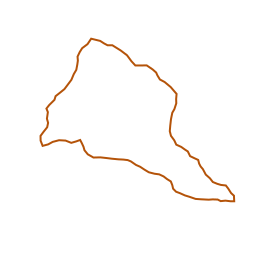 Marapoama, São Paulo, Brazil (Robinson projection), rotated 257°
{"feature_id": "56859067B26576714107152", "entity_name": "Marapoama", "entity_type": "district", "adm_level": 2, "iso_a3": "BRA", "parent_name": "Brazil", "parent_adm1": "São Paulo", "projection": "robinson", "projection_center": [-49.151, -21.255], "detail": "fine", "context": "isolated", "style": "outline", "palette": "amber", "viewbox_px": 256, "rotation_deg": 257, "n_neighbors": 0, "source": "geoboundaries", "source_scale": "gbopen_adm2", "svg_char_len": 1464}
<svg xmlns="http://www.w3.org/2000/svg" viewBox="0 0 256 256"><g transform="rotate(257 128 128)"><path d="M187.7,83.7L183.8,79.1L180.2,74.8L177.9,70.1L175.3,64.6L172.0,62.7L168.1,56.4L165.3,52.9L161.5,53.5L155.3,51.1L151.0,51.3L146.9,49.4L143.4,45.0L140.0,41.0L135.3,40.0L129.8,40.8L130.0,46.5L131.4,51.5L131.6,58.1L129.8,64.3L126.3,69.4L126.6,74.6L127.1,78.7L123.6,79.6L119.8,80.4L116.1,80.6L111.4,82.9L107.0,87.7L105.6,94.5L103.6,100.2L101.7,105.4L99.7,111.4L98.3,116.3L96.8,120.5L94.8,123.3L90.2,127.5L87.5,131.1L83.8,134.6L80.2,138.3L77.5,143.5L75.8,148.0L72.8,151.8L69.5,154.5L66.3,157.7L62.4,158.3L58.7,158.3L55.1,160.5L52.7,164.1L49.5,168.3L47.2,172.3L43.7,177.9L42.2,182.8L40.0,190.5L39.4,194.4L38.1,199.3L35.9,201.9L35.3,206.6L33.6,211.3L32.7,215.0L38.2,216.0L41.4,213.8L46.5,212.0L50.0,210.4L51.6,205.8L53.6,202.3L56.3,198.5L60.6,196.5L65.1,193.3L71.1,191.7L74.2,190.1L77.3,189.3L81.1,189.2L83.4,186.2L86.6,182.2L91.7,181.0L94.2,178.6L97.6,175.6L100.9,171.3L105.6,170.3L110.7,168.1L115.5,168.0L120.8,169.7L127.0,171.9L132.9,174.6L135.9,177.4L141.2,180.6L145.3,181.4L150.3,183.0L153.7,181.2L158.3,178.8L164.6,174.0L168.1,170.0L172.6,168.5L175.7,167.9L179.5,165.2L184.8,160.3L186.3,153.4L187.3,149.2L192.2,146.4L199.1,143.4L205.2,138.3L212.1,131.4L213.2,126.7L215.7,123.8L219.1,120.5L223.3,112.2L218.8,107.4L216.1,101.3L212.8,98.0L208.9,94.9L204.9,94.3L201.3,92.9L196.3,90.7L192.7,87.3L187.7,83.7Z" fill="none" stroke="#b45309" stroke-width="2"/></g></svg>